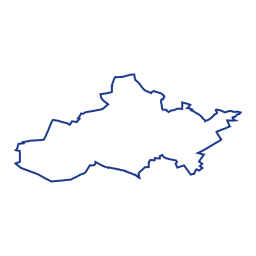 Tukums, Tukums, Latvia (Robinson projection)
{"feature_id": "27541924B84924671818931", "entity_name": "Tukums", "entity_type": "district", "adm_level": 2, "iso_a3": "LVA", "parent_name": "Latvia", "parent_adm1": "Tukums", "projection": "robinson", "projection_center": [23.156, 56.969], "detail": "fine", "context": "isolated", "style": "outline", "palette": "blue", "viewbox_px": 256, "rotation_deg": 0, "n_neighbors": 0, "source": "geoboundaries", "source_scale": "gbopen_adm2", "svg_char_len": 5515}
<svg xmlns="http://www.w3.org/2000/svg" viewBox="0 0 256 256"><path d="M129.3,75.1L122.6,76.8L122.4,76.9L122.2,76.9L118.6,77.1L115.0,77.2L113.7,80.0L113.6,80.5L112.4,83.5L112.4,83.8L112.4,84.0L112.1,85.9L112.1,86.1L111.7,86.1L111.7,86.3L111.9,87.9L111.9,89.4L111.9,91.9L110.8,92.3L110.5,92.4L110.2,92.5L109.2,92.7L107.9,93.0L107.6,93.1L106.6,93.3L105.2,93.5L104.2,93.6L103.2,93.8L102.2,93.9L101.3,94.1L101.0,94.1L100.8,94.1L100.8,94.3L100.5,94.3L101.3,98.1L102.8,100.0L103.8,101.0L107.4,103.7L108.2,104.3L105.8,106.3L104.8,107.2L103.6,108.2L103.3,108.4L102.6,109.0L101.4,109.3L100.6,109.5L97.1,110.2L95.7,110.5L92.4,111.1L91.2,111.3L86.5,112.1L86.4,112.1L86.1,112.1L85.2,112.4L83.4,113.7L81.1,113.5L79.8,115.8L79.5,116.4L79.2,117.1L78.1,118.0L78.8,118.3L78.7,118.6L79.5,118.9L78.9,119.6L78.7,119.8L78.4,119.7L78.0,120.1L77.7,120.5L77.2,121.2L77.1,121.8L76.8,122.1L76.2,122.0L72.1,121.3L72.0,121.5L71.3,122.4L70.8,123.1L70.4,123.8L70.0,124.6L69.7,124.8L68.1,123.7L67.2,123.3L65.6,122.9L65.3,122.8L64.8,122.7L64.5,122.6L63.2,122.3L58.2,120.8L53.1,119.9L52.0,121.4L51.6,122.1L51.4,122.6L49.9,126.1L49.0,128.3L47.8,131.4L47.7,131.5L47.5,131.9L47.1,132.8L46.9,133.2L46.7,133.7L46.2,134.9L45.7,136.0L44.0,139.4L44.0,139.5L42.3,139.8L41.0,140.1L40.8,140.1L40.6,140.1L38.3,140.2L35.6,140.4L31.2,140.6L29.6,140.9L28.1,141.2L27.7,141.3L27.3,141.4L26.7,141.5L26.1,141.6L24.7,141.8L23.3,142.0L23.1,142.0L22.6,142.2L23.5,143.3L18.6,143.9L17.5,147.3L16.9,148.9L16.4,149.5L15.8,150.2L17.7,150.6L19.7,151.0L19.6,151.5L19.6,151.9L19.9,152.7L19.9,152.8L19.9,161.5L19.8,161.9L15.7,163.3L15.4,163.5L19.2,166.5L19.7,166.9L21.1,168.0L29.8,171.2L29.9,171.3L30.4,171.4L31.1,171.7L38.2,174.4L42.1,176.6L43.9,177.6L44.4,177.9L45.0,178.4L45.8,178.6L46.2,178.8L46.5,179.0L51.3,181.5L55.2,181.1L64.0,180.3L67.5,179.9L70.3,179.6L71.1,179.5L71.5,179.3L73.7,178.0L75.2,177.4L76.9,176.6L78.4,175.8L79.4,175.2L80.2,174.7L82.4,174.0L83.8,173.4L84.2,173.2L84.5,173.1L85.0,172.8L85.2,172.6L85.5,172.3L85.8,171.8L86.2,171.1L86.3,171.0L86.5,170.8L86.6,170.6L87.2,169.6L87.8,168.6L88.4,167.6L89.6,165.9L89.7,165.7L89.8,165.3L91.0,165.4L91.9,165.4L93.0,165.3L94.2,165.2L94.8,164.4L95.4,163.6L95.4,162.7L95.4,161.9L96.3,162.4L97.2,162.9L97.6,163.1L97.9,163.3L98.6,163.7L99.3,164.1L100.4,164.7L101.4,165.2L102.0,165.5L102.5,165.7L103.8,166.3L105.1,166.8L106.8,167.3L108.5,167.9L108.7,167.7L108.8,167.4L111.0,167.9L113.1,168.3L114.5,168.6L116.0,168.8L116.7,169.1L117.5,169.3L118.0,169.3L118.6,169.3L118.8,169.3L119.0,169.3L119.3,169.5L119.6,169.6L119.8,169.7L120.1,169.8L120.4,170.0L120.9,170.1L121.4,170.2L121.8,170.2L122.2,170.2L122.8,170.3L123.4,170.4L124.6,170.8L125.7,171.1L125.6,171.4L127.9,172.2L130.2,173.0L132.4,173.9L134.7,174.9L134.8,174.8L134.9,174.7L135.7,175.2L136.6,175.6L136.4,175.8L137.8,176.9L139.4,177.9L138.6,173.1L145.0,167.2L148.7,167.1L148.8,163.9L149.0,161.8L150.0,160.4L150.4,159.9L153.8,160.3L154.6,160.3L154.8,158.2L159.8,158.5L159.8,157.5L159.9,156.0L162.3,155.0L162.7,156.0L163.9,157.1L165.3,157.8L166.9,158.5L167.9,158.7L168.8,159.0L169.7,159.2L169.8,159.3L170.0,159.3L173.2,159.9L176.1,160.5L177.0,162.0L175.6,163.9L176.5,165.7L177.4,167.6L179.0,167.1L181.8,166.1L184.0,165.4L184.8,166.5L189.6,173.0L190.2,173.8L190.8,174.6L191.3,174.4L191.8,174.3L192.3,174.1L193.7,174.0L194.2,173.9L194.2,173.7L194.8,172.2L195.3,171.1L195.7,170.1L196.5,169.3L198.5,170.3L199.0,170.6L200.7,169.3L202.5,168.0L202.3,167.8L202.0,167.6L201.4,167.2L200.7,166.8L200.3,166.5L199.8,166.1L201.0,165.0L202.2,163.8L201.8,163.6L201.4,163.3L200.9,162.9L199.6,162.0L199.0,161.5L200.9,158.8L203.8,154.6L197.9,153.0L198.8,152.6L203.0,150.5L204.1,149.9L211.4,145.6L215.3,143.2L216.4,142.6L217.3,142.1L217.7,141.9L218.4,141.5L220.9,139.9L221.3,139.5L220.5,138.5L218.8,135.7L218.2,135.1L217.0,132.7L216.5,131.8L216.7,131.7L221.7,129.7L225.5,128.3L226.8,127.7L228.0,127.2L229.6,126.5L229.8,126.4L229.7,126.3L229.6,126.2L229.0,124.8L228.0,122.2L227.2,120.4L229.2,120.5L233.1,120.6L235.2,120.4L234.3,120.0L233.5,119.5L233.4,119.3L233.3,119.1L233.0,118.5L232.8,117.9L232.7,117.8L232.6,117.6L233.7,117.3L233.5,117.1L234.8,116.7L236.2,115.7L236.6,115.1L237.2,114.4L239.3,114.0L240.2,113.0L240.6,112.5L238.2,111.9L237.0,111.6L235.9,111.8L235.0,112.0L233.6,111.8L232.6,111.6L231.9,111.2L229.1,111.0L225.5,112.2L224.7,112.3L223.0,111.5L222.0,111.1L220.7,110.5L220.5,110.4L219.8,110.2L218.3,109.9L217.2,109.7L216.5,109.6L216.3,109.6L216.1,109.7L215.9,109.9L215.7,110.2L215.9,110.6L216.0,110.8L216.7,111.8L217.0,112.4L217.0,112.5L217.0,113.0L216.5,113.6L215.6,114.0L215.1,114.2L214.6,114.4L214.3,114.6L214.1,114.8L214.1,115.1L213.6,115.5L213.4,115.7L212.7,116.6L211.6,117.5L211.0,118.1L210.6,118.3L208.8,119.6L208.2,119.9L206.9,120.4L206.1,120.6L205.4,121.1L205.4,120.9L205.2,120.7L202.3,117.8L202.1,117.2L199.5,114.9L193.4,111.3L191.2,110.3L192.1,109.5L191.0,109.0L189.0,108.3L187.3,108.1L189.6,105.8L190.3,105.0L187.9,103.9L182.1,102.5L182.3,104.7L182.4,105.8L182.2,106.1L182.2,108.3L182.1,109.0L179.6,108.7L177.7,108.7L177.2,108.8L173.9,110.1L171.3,110.5L170.6,110.8L168.7,112.0L166.6,110.7L166.4,109.8L163.7,109.7L162.6,109.6L162.2,108.9L161.6,104.4L161.1,102.7L161.1,100.1L161.8,99.3L163.0,99.4L163.3,98.8L163.3,98.2L163.5,97.9L164.4,97.1L164.2,96.3L163.5,95.7L163.6,95.4L162.4,94.3L160.9,93.3L160.3,93.1L155.7,91.8L153.7,90.9L152.0,92.1L151.3,92.4L151.2,93.0L145.3,90.6L143.7,89.3L141.7,87.0L141.7,86.8L139.3,83.7L137.9,82.1L135.3,79.9L135.0,78.7L134.7,77.5L134.5,76.5L134.3,74.5L130.4,74.7L130.2,74.7L129.3,75.1Z" fill="none" stroke="#1e3a8a" stroke-width="2"/></svg>